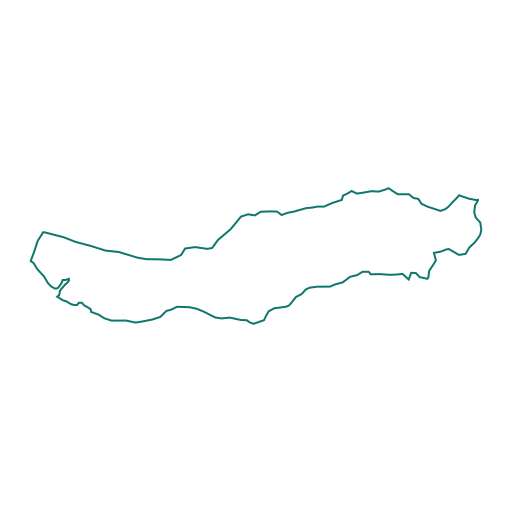 Pano Arodes, Paphos, Cyprus
{"feature_id": "46923920B64054895827299", "entity_name": "Pano Arodes", "entity_type": "district", "adm_level": 2, "iso_a3": "CYP", "parent_name": "Cyprus", "parent_adm1": "Paphos", "projection": "albers", "projection_center": [32.386, 34.927], "detail": "fine", "context": "isolated", "style": "outline", "palette": "teal", "viewbox_px": 512, "rotation_deg": 0, "n_neighbors": 0, "source": "geoboundaries", "source_scale": "gbopen_adm2", "svg_char_len": 2207}
<svg xmlns="http://www.w3.org/2000/svg" viewBox="0 0 512 512"><path d="M43.4,231.9L37.7,240.9L34.1,251.9L30.7,261.0L33.5,263.0L37.4,269.3L44.0,276.4L47.9,283.0L51.1,286.4L55.0,288.6L57.1,288.4L58.6,287.3L59.3,286.2L61.3,283.5L62.7,280.0L65.5,280.0L68.8,278.8L69.1,280.4L67.0,283.0L65.1,284.6L61.6,288.6L59.9,291.0L59.2,295.0L57.2,296.7L59.1,297.9L63.3,300.5L66.4,301.3L69.5,303.3L71.5,304.3L73.7,304.9L76.9,305.1L78.8,302.8L81.9,302.7L84.1,305.4L87.6,307.2L90.7,309.3L91.2,311.5L91.1,311.9L98.5,314.6L104.2,318.2L111.5,320.6L120.1,320.6L125.7,320.5L135.7,322.6L143.9,321.2L152.8,319.4L160.3,316.9L166.4,310.9L170.8,309.8L177.1,306.8L189.4,307.2L196.9,308.8L203.8,311.7L215.3,317.5L221.7,318.4L230.0,317.6L240.8,320.0L246.7,320.2L249.7,322.4L253.7,323.8L259.2,321.8L264.0,320.2L266.2,315.6L268.6,311.4L274.2,308.3L281.0,307.4L286.1,306.7L289.1,305.4L293.0,300.8L295.8,297.1L301.5,294.1L305.9,289.4L309.6,287.7L317.0,286.7L330.1,286.6L335.1,284.4L342.7,282.4L350.1,276.8L357.1,275.1L362.5,271.8L368.7,271.8L370.7,274.3L379.9,274.1L389.4,274.8L395.8,274.6L402.5,273.9L408.7,279.5L411.2,272.8L415.9,273.1L419.7,277.1L427.4,278.8L428.4,277.3L429.1,270.9L433.3,264.7L435.9,260.3L433.9,252.9L440.8,251.6L445.8,249.6L448.7,249.0L459.0,254.9L465.6,253.9L469.4,247.4L474.6,242.6L478.1,238.1L479.6,235.7L480.4,234.2L480.8,232.1L481.3,229.7L480.3,222.6L475.8,217.6L474.2,212.4L475.1,205.3L477.9,200.6L477.9,199.9L477.0,200.2L469.0,198.7L461.9,196.3L459.2,195.3L455.9,198.9L451.6,203.1L448.8,206.4L445.4,209.1L440.4,210.9L436.0,209.4L427.4,206.6L421.4,203.7L418.3,198.9L413.5,198.0L408.8,194.2L403.0,194.3L397.7,194.2L392.5,190.9L388.6,188.2L384.9,189.7L378.6,191.6L371.3,191.2L364.1,192.5L357.0,193.6L351.6,191.0L346.8,193.9L343.1,195.5L341.7,200.0L338.4,201.0L331.7,203.2L324.1,206.6L317.5,206.6L312.1,207.6L306.3,208.1L298.0,210.4L293.6,211.7L287.9,212.7L281.6,215.0L277.1,211.6L270.6,211.4L260.9,211.7L254.8,215.4L248.1,214.3L241.0,216.6L235.1,223.8L230.3,229.5L218.0,239.9L212.2,247.9L207.4,248.9L195.2,247.1L185.1,248.5L181.1,255.0L170.9,259.9L157.6,259.3L146.4,259.2L137.6,257.7L118.8,252.0L105.6,250.6L91.0,246.0L75.6,241.9L63.5,237.2L43.3,232.0L43.4,231.9Z" fill="none" stroke="#0f766e" stroke-width="2"/></svg>